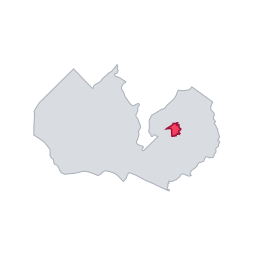 Chilubi, Northern, Zambia (highlighted), rotated 46°
{"feature_id": "96606910B6838055437947", "entity_name": "Chilubi", "entity_type": "district", "adm_level": 2, "iso_a3": "ZMB", "parent_name": "Zambia", "parent_adm1": "Northern", "projection": "natural_earth1", "projection_center": [30.483, -11.09], "detail": "fine", "context": "in_parent", "style": "filled", "palette": "rose", "viewbox_px": 256, "rotation_deg": 46, "n_neighbors": 0, "source": "geoboundaries", "source_scale": "gbopen_adm2", "svg_char_len": 5403}
<svg xmlns="http://www.w3.org/2000/svg" viewBox="0 0 256 256"><g transform="rotate(46 128 128)"><path d="M163.3,168.5L154.2,168.5L150.9,169.3L148.2,170.6L144.9,172.6L143.0,174.0L142.5,174.8L142.3,176.5L142.3,179.1L142.0,181.0L141.0,182.8L136.0,184.9L132.8,186.6L129.7,188.6L127.3,191.3L125.7,194.5L123.0,198.5L117.3,205.7L114.0,207.0L111.3,206.7L107.9,205.2L105.3,204.9L103.3,205.9L101.5,205.6L99.9,204.1L98.5,203.5L97.3,203.9L95.9,203.9L93.3,203.0L91.0,200.5L89.7,199.4L88.8,199.0L86.1,198.6L79.8,198.0L73.3,199.3L67.6,200.6L61.8,194.9L56.1,188.8L54.9,187.3L52.8,185.3L51.3,184.3L50.7,183.8L49.1,178.4L48.2,173.5L47.7,126.1L73.3,126.1L75.0,125.9L75.0,125.4L73.8,122.8L73.9,121.9L74.2,120.2L75.3,116.8L75.4,115.6L74.8,111.9L74.9,109.8L75.1,105.6L74.9,104.2L75.5,102.3L75.7,101.0L76.0,100.5L75.7,99.0L75.1,94.0L74.8,91.9L76.3,92.2L76.9,93.3L77.2,94.4L77.9,94.4L79.7,95.1L80.3,96.0L80.8,98.1L80.5,99.1L79.9,99.9L80.5,100.7L81.7,101.1L82.5,101.0L84.5,99.6L86.4,99.1L87.4,98.8L91.6,97.9L92.4,97.4L93.0,97.4L93.5,97.8L93.1,99.2L93.0,100.5L93.5,102.8L93.9,104.0L94.8,104.8L95.4,105.2L96.1,106.0L97.6,105.9L100.9,107.1L101.9,107.7L103.2,108.2L104.2,108.5L107.5,108.9L111.1,109.6L112.9,109.6L114.2,109.4L115.1,109.1L115.7,108.7L115.9,108.4L117.2,103.8L117.9,103.5L118.8,103.3L119.3,103.7L119.9,106.5L122.4,109.1L123.3,111.3L124.0,113.1L124.5,113.6L125.5,114.3L127.0,114.5L128.4,114.6L135.3,117.7L136.1,118.3L136.9,120.0L137.4,121.9L138.0,123.4L138.9,123.7L139.6,123.8L140.4,124.9L141.0,125.8L143.1,129.5L143.4,131.0L144.3,132.0L145.7,132.4L146.9,132.4L147.6,132.0L149.4,131.2L150.8,130.3L151.8,130.0L152.3,130.2L152.8,130.8L153.1,132.7L154.1,133.3L154.8,133.1L155.1,132.4L155.1,132.0L155.1,112.5L154.4,112.6L153.6,113.2L151.8,113.3L151.1,113.7L150.9,114.3L151.0,115.1L151.1,116.2L150.8,116.7L150.0,116.9L148.9,116.5L146.8,115.9L145.0,115.6L143.8,114.1L142.1,111.9L140.9,110.8L138.3,108.5L137.8,108.1L137.0,107.0L136.3,105.2L135.6,103.1L135.3,101.7L135.9,99.6L137.5,92.9L137.8,90.8L139.1,88.7L139.2,86.8L138.7,84.3L138.8,82.9L139.0,75.2L138.6,72.8L137.7,70.1L135.8,66.3L135.8,65.5L138.8,63.1L139.7,62.1L141.2,60.2L142.3,58.5L142.9,57.1L143.1,55.3L142.6,53.7L143.7,53.3L168.2,49.0L168.6,50.1L169.3,52.0L170.1,53.5L171.2,54.7L172.1,55.4L172.7,55.7L176.5,55.6L177.8,56.4L179.0,57.3L179.3,58.8L180.1,59.7L180.9,60.4L181.3,60.5L181.9,60.3L182.9,60.3L183.9,60.6L184.3,61.0L184.3,62.2L184.6,62.8L185.9,63.0L187.2,63.1L188.5,63.9L189.8,64.1L191.4,64.4L192.1,65.3L193.8,66.2L195.8,67.1L198.1,68.4L198.1,68.9L198.5,69.7L198.9,70.2L199.0,71.1L199.1,71.9L199.7,72.1L200.2,72.1L200.6,71.6L201.2,71.6L201.9,71.9L202.1,72.8L202.6,74.1L203.5,74.9L204.0,75.7L203.8,77.2L203.5,78.5L204.6,79.9L206.1,81.1L206.5,81.7L206.6,83.6L206.8,84.2L207.8,85.8L208.3,86.8L208.2,87.4L205.6,90.5L203.9,91.0L203.2,91.6L202.7,92.3L203.8,95.3L204.4,96.5L203.9,98.0L202.8,100.4L202.3,100.7L202.2,102.5L202.6,103.2L203.1,103.8L203.3,105.0L203.3,108.2L202.6,111.8L203.8,114.9L204.2,115.3L205.9,115.3L206.1,115.6L205.7,116.5L204.6,117.9L202.4,118.9L199.4,120.1L198.7,121.3L198.3,122.9L198.7,123.9L199.1,124.4L198.9,125.9L198.7,127.4L198.8,128.6L198.6,129.7L198.2,130.2L197.7,131.8L197.0,133.4L196.5,134.1L195.7,134.9L194.5,135.5L194.5,135.8L195.9,136.6L196.3,137.1L196.4,137.4L195.8,138.3L196.4,138.8L197.2,139.2L197.9,140.2L198.8,142.2L198.9,142.5L199.2,142.5L199.6,142.3L200.5,141.4L201.1,141.1L201.8,142.3L189.0,147.3L186.0,148.3L181.6,150.1L180.1,150.7L179.0,151.4L167.1,155.2L165.3,156.0L161.1,158.0L160.9,158.3L161.0,159.2L161.3,161.1L162.1,162.8L162.7,163.8L163.1,166.3L163.3,168.5Z" fill="#d9dde1" stroke="#a8b0b8" stroke-width="1"/><path d="M155.3,101.0L156.1,99.9L157.8,97.7L159.4,97.7L162.9,101.0L164.2,102.0L164.3,102.1L164.5,102.0L164.5,101.9L164.8,101.8L164.9,101.7L165.0,101.6L165.1,101.4L165.3,101.1L165.4,100.8L165.3,100.7L165.5,100.4L165.9,100.4L166.0,100.3L166.0,100.2L166.2,99.9L166.2,99.7L166.2,99.4L166.3,99.4L166.3,99.2L166.5,99.2L166.6,98.9L166.8,98.8L166.9,98.7L166.7,98.5L166.7,98.4L166.4,98.3L166.4,98.2L166.5,98.0L166.4,97.9L166.5,97.8L166.5,97.7L166.4,97.7L166.4,97.4L166.4,97.2L166.5,97.2L166.6,96.9L166.7,96.7L166.7,96.8L166.8,96.7L167.0,96.5L167.0,96.4L166.9,96.3L166.9,96.2L167.0,96.2L167.3,96.0L167.2,96.0L167.2,95.9L167.3,95.9L167.4,95.7L167.4,95.4L167.5,95.4L167.4,95.4L167.5,95.3L167.6,95.2L167.8,95.0L167.8,94.9L167.9,94.7L167.9,94.4L166.5,94.5L166.3,94.4L166.2,94.4L165.8,94.3L165.7,94.3L165.6,94.2L165.5,93.9L165.5,93.7L165.4,93.5L165.4,93.4L165.5,93.2L165.6,92.9L165.8,92.8L165.8,92.7L165.7,92.5L165.7,92.4L165.7,92.2L165.7,91.9L165.7,91.7L165.6,91.4L165.6,91.2L165.4,91.1L165.5,91.0L165.4,90.9L165.3,90.7L165.2,90.6L164.9,90.6L164.7,90.7L164.5,90.9L164.3,91.0L164.2,91.0L163.7,91.0L163.4,91.0L163.1,90.9L162.9,90.8L162.8,90.7L162.6,90.7L162.4,90.7L162.3,90.3L162.2,90.2L162.1,89.9L161.9,89.8L161.6,89.9L161.3,89.8L161.1,89.7L160.8,89.8L160.8,89.7L160.8,89.8L160.8,89.7L160.7,89.8L160.7,89.7L160.7,89.8L160.7,89.7L160.6,89.8L160.4,89.9L160.4,90.0L160.2,90.1L160.2,90.3L159.9,90.4L159.9,90.5L159.8,90.9L159.8,91.0L159.7,91.0L159.6,90.9L159.6,90.7L159.5,90.3L159.5,90.2L159.5,89.9L159.4,89.6L159.2,89.6L159.2,89.4L159.2,89.2L159.0,88.9L158.9,88.9L158.8,88.7L158.1,89.5L158.1,89.8L157.9,90.0L157.8,90.3L157.8,90.5L157.8,90.8L157.7,91.0L157.6,91.3L157.4,91.3L157.1,91.4L156.1,92.2L156.5,94.0L156.6,94.5L155.3,100.4L155.3,100.5L155.3,100.8L155.3,101.0Z" fill="#f43f5e" stroke="#9f1239" stroke-width="1.5"/></g></svg>